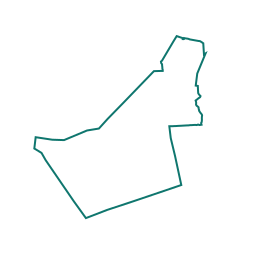 Rojas de Cuauhtémoc, Oaxaca, Mexico, rotated 344°
{"feature_id": "50627088B87097149335611", "entity_name": "Rojas de Cuauhtémoc", "entity_type": "district", "adm_level": 2, "iso_a3": "MEX", "parent_name": "Mexico", "parent_adm1": "Oaxaca", "projection": "robinson", "projection_center": [-96.619, 17.005], "detail": "fine", "context": "isolated", "style": "outline", "palette": "teal", "viewbox_px": 256, "rotation_deg": 344, "n_neighbors": 0, "source": "geoboundaries", "source_scale": "gbopen_adm2", "svg_char_len": 1824}
<svg xmlns="http://www.w3.org/2000/svg" viewBox="0 0 256 256"><g transform="rotate(344 128 128)"><path d="M36.7,111.4L32.3,121.9L38.0,128.1L40.0,136.3L55.7,183.5L62.7,203.0L85.3,201.0L113.1,199.9L159.4,197.7L163.5,197.5L165.5,168.0L166.3,149.5L168.2,137.7L168.6,137.8L171.5,138.6L172.5,138.8L174.9,139.4L175.9,139.6L181.1,140.8L183.8,141.4L185.1,141.7L187.1,142.2L187.4,142.2L187.9,142.3L188.6,142.4L189.2,142.6L192.9,143.4L194.0,143.7L194.5,144.0L195.1,144.1L195.6,144.1L196.0,144.0L196.4,144.1L196.8,144.3L197.2,144.7L197.9,144.9L198.7,145.0L199.6,145.1L199.6,144.3L199.6,143.8L199.7,143.3L200.2,142.9L200.5,142.5L200.7,142.0L200.9,141.6L201.3,140.5L201.5,139.6L201.7,138.9L202.0,137.9L202.3,137.2L202.7,136.3L202.7,135.6L202.5,134.9L202.1,134.0L201.6,132.8L201.5,132.4L201.2,131.5L201.2,131.2L201.1,130.9L201.3,130.4L201.2,129.4L201.4,128.0L201.5,127.6L201.4,127.3L201.1,126.8L200.8,126.4L200.4,125.8L200.1,125.4L200.0,125.0L199.9,124.5L199.9,124.1L200.1,123.8L200.2,123.3L200.5,122.4L200.6,121.9L200.6,120.7L200.6,120.2L202.0,119.7L203.8,118.9L204.7,118.6L205.3,118.4L205.8,118.2L206.0,118.0L206.5,117.3L205.4,115.2L205.1,113.8L205.6,111.5L206.1,109.4L206.7,106.8L204.8,105.9L209.6,94.7L223.1,77.7L221.3,78.2L223.7,67.3L223.6,67.2L223.4,67.0L223.2,66.8L222.9,66.3L222.7,66.1L222.5,65.8L222.3,65.6L222.1,65.4L221.9,65.2L221.7,64.9L221.3,64.5L220.9,64.3L220.4,64.0L220.1,63.9L219.8,63.8L211.7,59.8L211.6,59.7L211.0,59.2L210.2,58.7L208.0,57.7L206.7,57.0L206.2,57.9L205.5,57.8L205.3,57.3L205.2,57.3L205.3,57.0L205.4,56.7L200.1,53.1L195.4,57.4L179.2,72.7L178.0,73.2L177.8,74.8L178.3,76.1L177.9,77.9L177.8,78.9L177.5,79.9L177.4,80.7L177.4,81.8L177.1,82.7L174.9,82.1L168.6,80.5L168.4,80.6L131.0,102.2L111.0,113.6L99.9,120.5L87.9,119.1L63.2,122.0L52.0,118.4L36.7,111.4Z" fill="none" stroke="#0f766e" stroke-width="2"/></g></svg>